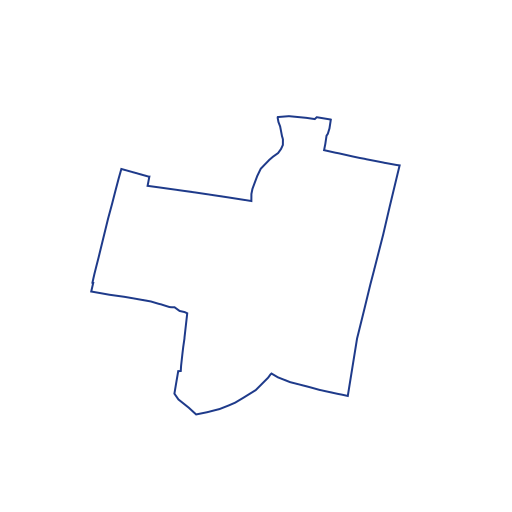 Karmuz, Al Iskandariyah, Egypt (Natural Earth projection), rotated 309°
{"feature_id": "37247803B60489712487225", "entity_name": "Karmuz", "entity_type": "district", "adm_level": 2, "iso_a3": "EGY", "parent_name": "Egypt", "parent_adm1": "Al Iskandariyah", "projection": "natural_earth1", "projection_center": [29.903, 31.179], "detail": "fine", "context": "isolated", "style": "outline", "palette": "blue", "viewbox_px": 512, "rotation_deg": 309, "n_neighbors": 0, "source": "geoboundaries", "source_scale": "gbopen_adm2", "svg_char_len": 1895}
<svg xmlns="http://www.w3.org/2000/svg" viewBox="0 0 512 512"><g transform="rotate(309 256 256)"><path d="M124.7,150.3L129.7,159.3L133.6,166.4L141.4,179.3L143.7,183.4L154.5,202.9L157.2,209.5L157.9,211.1L158.7,212.7L159.6,215.1L161.8,220.7L162.4,221.7L163.1,222.7L164.9,225.0L165.2,231.2L167.5,235.8L168.2,238.6L166.5,239.7L147.4,251.9L146.9,252.3L139.5,256.7L134.1,260.1L123.5,266.9L119.3,269.9L118.7,269.3L118.5,269.1L117.6,268.0L106.9,274.0L97.7,279.2L97.6,279.4L97.5,279.9L97.3,280.5L95.7,286.0L95.8,299.2L95.4,305.4L95.2,309.2L103.8,316.3L114.3,324.1L122.6,328.8L128.9,332.1L137.9,335.4L151.7,340.2L169.1,342.0L173.0,341.8L173.7,341.9L174.4,342.0L175.5,349.4L179.4,361.8L188.1,380.8L191.9,389.6L200.1,405.9L200.2,406.1L200.3,406.3L202.3,410.0L205.0,415.4L255.6,386.4L259.3,384.7L275.3,377.2L281.7,374.2L306.0,362.7L319.7,356.5L320.4,356.1L321.2,355.8L352.8,341.3L379.4,328.4L407.1,315.2L416.8,310.6L416.0,309.3L415.2,308.0L409.9,298.3L409.3,297.3L408.8,296.2L405.3,289.6L400.7,281.0L400.2,279.9L399.7,278.9L397.3,274.6L394.0,268.1L391.6,263.2L388.0,255.9L387.2,254.4L386.3,252.8L381.1,242.3L386.6,239.4L393.9,235.1L395.1,235.0L396.2,234.9L401.4,232.8L409.1,228.3L409.0,228.0L408.8,227.7L402.1,215.9L400.8,215.7L399.4,215.5L395.0,208.1L385.4,193.6L377.7,185.5L377.3,185.7L377.0,185.9L374.2,189.2L371.9,193.2L365.4,200.9L364.5,202.3L363.5,203.6L359.2,207.0L354.9,208.1L349.9,208.4L343.8,206.7L338.9,205.8L338.7,205.8L338.4,205.8L332.0,205.2L328.2,204.9L327.4,204.8L326.7,204.8L319.0,206.6L312.1,208.9L305.9,211.0L301.3,213.4L295.8,217.8L284.4,198.1L266.8,168.2L266.5,167.8L266.3,167.4L248.5,137.8L242.3,127.6L250.5,123.2L250.4,123.1L250.3,122.9L249.9,122.1L238.9,96.6L238.3,96.9L237.7,97.1L230.0,100.4L217.8,105.9L205.8,111.4L192.0,117.5L161.9,131.7L156.0,134.5L147.5,138.4L140.6,141.6L135.3,144.2L132.3,145.7L132.7,146.4L124.7,150.3Z" fill="none" stroke="#1e3a8a" stroke-width="2"/></g></svg>